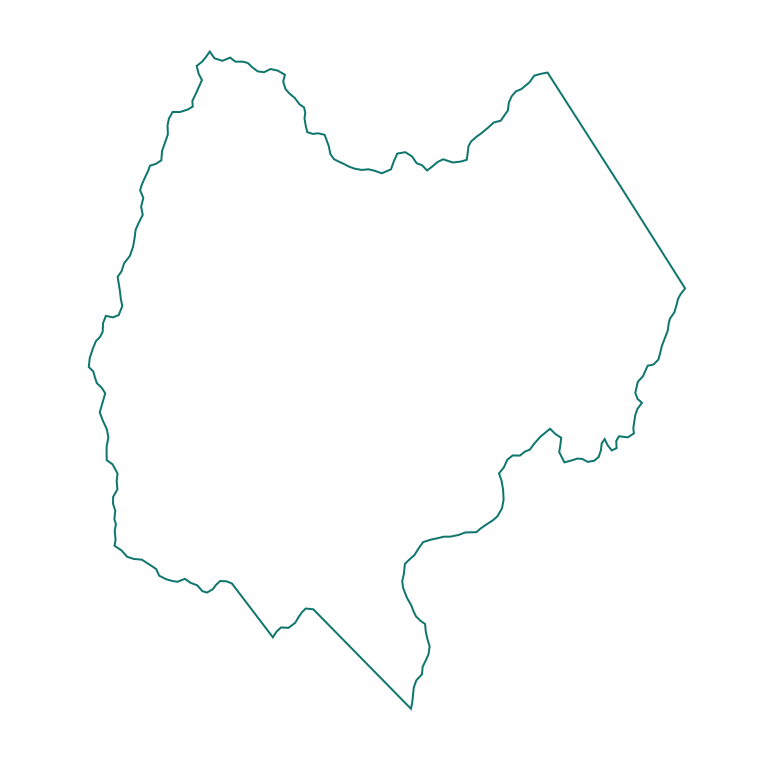 Iguaí, Bahia, Brazil, rotated 3°
{"feature_id": "56859067B21747543887163", "entity_name": "Iguaí", "entity_type": "district", "adm_level": 2, "iso_a3": "BRA", "parent_name": "Brazil", "parent_adm1": "Bahia", "projection": "robinson", "projection_center": [-40.072, -14.65], "detail": "fine", "context": "isolated", "style": "outline", "palette": "teal", "viewbox_px": 768, "rotation_deg": 3, "n_neighbors": 0, "source": "geoboundaries", "source_scale": "gbopen_adm2", "svg_char_len": 3413}
<svg xmlns="http://www.w3.org/2000/svg" viewBox="0 0 768 768"><g transform="rotate(3 384 384)"><path d="M192.6,61.1L188.7,67.3L185.6,71.5L180.3,76.2L182.7,84.0L186.3,90.0L183.8,96.5L181.0,103.7L177.8,111.4L178.5,116.9L173.8,120.1L166.0,123.1L158.7,123.4L155.3,130.2L154.3,137.1L155.1,146.0L152.8,154.0L150.2,162.8L149.9,172.3L144.7,176.1L138.9,178.2L137.4,183.3L134.2,191.0L131.6,198.0L130.3,203.3L133.9,210.7L132.2,219.7L134.2,227.7L130.4,236.4L127.9,242.9L127.2,252.2L126.2,260.2L123.5,269.4L118.1,277.2L116.0,285.2L112.4,290.9L113.9,297.9L115.5,305.5L116.7,312.7L118.6,319.8L115.4,329.1L109.9,331.6L102.7,330.6L100.3,337.7L100.3,346.7L97.9,352.0L94.1,356.2L91.5,363.6L88.8,373.3L88.3,382.4L93.1,386.8L94.8,392.1L97.2,398.2L102.2,402.4L106.1,407.9L104.1,416.5L101.6,427.2L105.1,435.2L109.5,443.5L111.6,451.9L110.3,460.5L110.6,468.3L111.1,474.6L117.1,478.4L122.6,487.4L122.1,494.8L123.3,503.2L119.4,510.9L119.7,517.9L122.3,524.7L121.8,533.0L123.6,538.1L122.8,544.9L124.1,553.5L123.3,559.6L130.4,563.8L136.6,570.0L143.2,571.8L151.4,572.1L156.9,575.3L161.9,578.1L166.2,580.7L169.5,587.2L176.5,590.3L183.0,591.8L188.2,592.3L195.3,589.0L201.3,592.7L208.0,594.8L213.5,600.4L218.2,601.5L223.8,597.9L226.9,593.2L230.8,589.3L237.1,589.3L242.5,591.1L286.3,642.8L289.7,636.8L293.9,632.5L301.4,632.5L307.9,627.0L311.1,620.9L314.0,616.2L317.6,612.3L325.2,612.7L427.9,706.9L428.9,700.6L429.3,691.7L429.6,685.6L431.8,678.2L437.1,671.9L437.4,664.3L440.1,658.0L442.6,651.7L443.3,643.7L440.7,636.5L438.6,628.7L437.6,621.5L432.9,618.6L428.1,614.4L425.3,609.3L422.7,603.4L418.1,596.3L413.8,586.7L412.5,580.0L413.8,572.6L414.3,562.5L419.1,557.4L423.3,553.3L427.2,546.3L431.4,539.8L439.4,536.8L445.9,535.1L451.9,533.3L458.1,533.0L466.2,530.9L472.9,528.0L478.2,527.6L484.0,527.1L488.4,522.9L494.2,518.5L500.0,514.3L504.1,510.3L508.3,502.1L509.5,493.4L508.5,483.5L506.4,474.3L503.5,467.3L508.0,461.1L511.1,453.2L516.2,448.6L523.5,448.4L528.1,444.2L533.0,442.0L537.0,435.9L543.0,428.4L547.7,424.1L552.1,420.0L558.0,425.1L563.8,428.4L563.3,435.9L562.5,442.7L565.1,447.4L568.3,452.8L574.8,450.7L580.8,448.4L585.8,448.4L591.5,451.1L598.0,449.6L602.2,445.6L604.1,438.8L604.5,431.9L607.3,427.5L610.5,433.4L614.9,438.4L619.6,435.9L618.9,428.7L621.4,423.9L630.3,424.5L636.1,420.3L635.3,415.0L635.9,408.3L636.6,401.6L638.4,395.6L642.6,389.3L638.1,385.7L635.4,379.8L636.4,374.1L637.4,368.5L642.3,362.5L646.3,352.0L652.0,350.5L656.7,345.3L658.2,338.6L659.4,331.8L661.7,324.6L664.6,315.6L665.1,309.1L666.1,303.8L670.2,297.2L671.9,290.3L673.2,283.5L675.5,278.7L679.7,272.8L624.1,194.4L609.0,173.1L531.0,64.4L524.2,66.1L517.9,68.2L513.5,75.1L505.7,82.3L500.4,84.9L496.4,90.0L494.0,96.3L493.4,104.3L486.7,115.0L479.9,117.1L474.7,122.4L468.1,128.5L463.7,132.0L458.2,137.3L455.9,142.4L455.4,150.2L454.9,155.8L448.8,157.9L441.1,159.2L431.3,156.5L425.9,159.5L419.9,165.1L415.8,168.5L410.7,163.6L405.0,161.8L400.1,155.3L393.2,151.4L385.2,153.2L382.3,160.7L379.7,169.3L370.8,173.7L362.8,171.4L357.2,170.4L350.5,171.4L343.4,170.5L337.5,168.7L333.0,166.6L327.0,164.2L322.3,162.1L318.4,157.1L316.4,149.3L311.6,138.2L304.9,137.1L299.9,138.0L294.2,136.5L292.3,130.2L290.7,123.0L291.2,117.5L289.7,112.0L285.0,109.1L280.1,103.2L274.1,98.6L270.1,94.5L267.5,87.3L268.9,80.4L261.5,76.6L254.2,75.4L247.9,78.9L241.4,78.4L235.4,74.2L231.1,70.5L226.1,69.5L218.8,69.9L213.3,66.1L205.7,69.7L197.6,67.6L192.6,61.1Z" fill="none" stroke="#0f766e" stroke-width="2"/></g></svg>